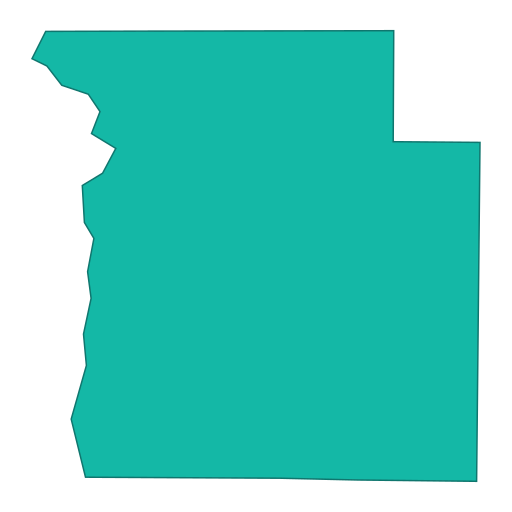 Parke, Indiana, United States of America
{"feature_id": "52423323B17417544173704", "entity_name": "Parke", "entity_type": "district", "adm_level": 2, "iso_a3": "USA", "parent_name": "United States of America", "parent_adm1": "Indiana", "projection": "robinson", "projection_center": [-87.293, 39.779], "detail": "fine", "context": "isolated", "style": "filled", "palette": "teal", "viewbox_px": 512, "rotation_deg": 0, "n_neighbors": 0, "source": "geoboundaries", "source_scale": "gbopen_adm2", "svg_char_len": 433}
<svg xmlns="http://www.w3.org/2000/svg" viewBox="0 0 512 512"><path d="M480.0,142.4L393.2,141.7L393.7,40.2L393.7,30.7L153.2,31.1L45.7,31.4L32.0,58.7L46.9,66.0L61.8,85.3L88.3,94.2L100.0,111.6L91.5,133.6L115.8,148.4L102.6,173.2L82.3,185.5L84.4,222.5L93.9,238.4L87.6,271.7L91.1,298.4L83.5,334.1L86.4,365.5L71.2,419.1L85.5,477.2L279.7,478.2L358.9,480.0L476.6,481.3L480.0,142.4Z" fill="#14b8a6" stroke="#0f766e" stroke-width="1.5"/></svg>